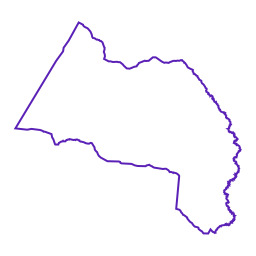 Bia East, Western, Ghana (Mercator projection)
{"feature_id": "2480657B75704309897075", "entity_name": "Bia East", "entity_type": "district", "adm_level": 2, "iso_a3": "GHA", "parent_name": "Ghana", "parent_adm1": "Western", "projection": "mercator", "projection_center": [-2.892, 6.825], "detail": "fine", "context": "isolated", "style": "outline", "palette": "violet", "viewbox_px": 256, "rotation_deg": 0, "n_neighbors": 0, "source": "geoboundaries", "source_scale": "gbopen_adm2", "svg_char_len": 5935}
<svg xmlns="http://www.w3.org/2000/svg" viewBox="0 0 256 256"><path d="M224.8,112.7L223.8,112.2L223.2,112.5L220.8,111.5L220.2,110.6L220.1,109.8L219.6,109.7L219.7,109.3L218.8,108.5L218.8,107.9L218.3,107.1L218.5,105.9L217.4,104.8L217.4,104.2L216.8,104.0L216.6,103.4L216.2,103.2L216.0,102.0L215.4,102.3L214.2,101.5L214.3,101.0L214.0,100.2L213.6,100.0L213.6,99.5L213.2,99.6L212.5,99.1L212.3,98.6L213.3,98.4L212.6,97.4L212.6,96.4L211.9,95.8L211.1,95.9L211.0,95.6L210.4,96.0L210.4,95.8L209.6,95.4L209.3,94.5L208.2,94.1L208.2,93.6L208.6,93.4L208.4,92.9L206.3,91.7L206.1,90.5L206.6,89.8L206.6,88.6L205.6,88.0L205.0,86.6L203.4,84.3L202.1,83.4L201.4,82.0L201.3,80.8L199.2,79.6L198.6,78.3L197.7,77.3L197.5,76.1L196.4,75.7L196.1,75.1L195.2,74.6L194.8,74.0L193.7,73.9L193.5,72.5L192.7,71.6L192.9,69.9L190.2,68.7L187.8,67.4L186.5,65.0L185.0,62.9L184.3,62.9L184.0,62.0L183.1,61.2L182.0,60.6L182.0,60.2L181.0,60.1L179.3,60.8L177.5,60.6L175.9,61.0L175.0,60.8L173.2,60.9L169.7,62.2L168.7,62.9L165.8,62.5L164.3,62.8L162.0,61.7L156.3,57.7L155.5,57.3L152.9,57.3L148.7,60.8L145.7,61.0L144.8,60.7L138.9,63.0L138.1,64.4L137.2,65.2L136.7,66.3L134.2,66.8L129.9,68.6L130.1,68.7L126.7,68.4L123.9,65.8L122.7,64.3L119.9,62.1L118.0,62.1L117.2,61.8L113.0,62.0L110.2,61.3L108.5,61.3L104.1,58.9L105.0,56.2L104.6,53.9L103.8,51.9L104.5,49.6L104.6,47.6L104.1,47.0L102.5,42.4L101.1,41.1L100.1,41.0L99.1,40.0L98.5,40.1L97.5,39.5L96.6,39.6L95.7,39.1L94.8,38.3L92.8,37.9L92.2,36.8L91.7,34.4L90.4,31.5L88.5,29.3L87.6,28.3L84.5,26.8L83.2,25.5L83.0,24.7L78.7,22.5L68.7,40.6L63.6,47.8L63.1,51.3L56.2,60.8L15.4,128.4L27.2,129.7L31.5,128.9L40.2,130.0L42.9,131.0L43.5,131.7L44.9,131.7L51.5,134.1L52.1,137.2L53.4,139.4L54.9,143.9L55.3,144.5L58.3,144.5L58.9,142.9L59.5,142.7L60.7,141.8L61.8,141.6L63.0,140.8L63.3,141.3L65.4,141.3L66.5,140.0L67.1,140.0L67.9,139.5L69.3,139.5L69.5,139.1L73.5,140.0L74.6,139.8L75.6,140.1L76.1,139.5L77.3,139.5L78.4,140.2L79.3,140.3L79.4,140.9L80.5,141.6L81.4,141.6L84.6,142.5L85.2,143.0L85.6,143.0L86.4,143.4L88.9,143.7L90.6,142.9L91.8,143.1L94.5,147.4L94.8,149.6L96.2,151.4L97.1,152.1L98.0,154.5L98.9,155.9L100.8,157.6L107.4,161.2L118.9,161.5L120.1,161.9L120.5,163.0L121.8,163.4L131.5,163.9L134.9,165.4L137.7,166.0L145.7,166.2L146.4,165.5L149.3,164.8L150.5,165.7L152.0,166.3L152.6,166.9L154.1,167.6L163.0,169.0L165.6,168.7L166.3,168.9L168.6,170.4L169.7,172.1L170.9,171.9L172.4,172.4L173.2,172.9L173.5,172.5L176.4,173.3L177.6,174.1L179.0,175.5L179.2,176.0L176.2,208.8L179.5,209.8L180.4,210.7L181.3,212.5L182.2,213.3L183.1,214.9L184.1,215.2L187.2,217.5L187.2,218.4L189.9,221.7L192.0,223.1L193.0,224.7L194.1,226.0L194.8,226.6L197.7,227.3L198.4,227.7L198.7,229.1L200.9,230.8L201.8,231.2L203.5,233.4L208.2,233.5L210.5,229.4L212.7,231.9L213.3,231.9L214.7,232.9L215.1,232.5L215.5,232.6L215.5,231.3L216.2,230.0L216.6,229.5L217.1,229.5L217.5,228.3L218.4,227.5L218.7,227.5L219.8,226.1L220.5,226.1L220.8,226.3L221.0,225.9L221.3,226.0L221.8,225.4L225.1,225.0L225.4,224.3L225.9,224.6L225.9,224.2L226.4,224.4L226.5,224.8L227.1,224.7L227.6,224.9L227.5,224.3L228.6,225.0L229.2,224.8L228.9,224.1L229.2,224.4L229.4,223.6L230.0,223.7L230.9,222.6L232.2,222.7L232.2,221.8L231.7,221.5L232.1,221.4L232.2,221.0L233.2,221.0L233.2,220.7L232.8,220.8L232.9,220.3L233.8,219.8L234.3,219.9L234.5,219.4L233.8,219.0L234.1,218.8L234.6,217.0L233.8,216.5L233.7,215.6L234.0,215.5L233.7,215.4L233.5,214.7L233.9,214.6L233.6,214.2L233.7,213.5L233.1,213.4L232.8,212.7L232.4,213.0L232.5,212.6L231.9,212.4L231.5,212.7L231.3,212.4L230.9,212.4L230.7,212.1L230.8,211.7L230.5,211.8L230.5,211.4L230.1,211.5L229.8,210.9L230.4,210.7L230.1,210.2L229.6,210.5L228.9,209.9L229.1,209.7L228.4,208.9L228.4,208.6L228.7,208.6L228.4,207.7L228.9,208.1L229.1,207.6L228.4,207.0L228.2,206.3L226.9,205.9L226.6,205.2L226.2,203.6L226.3,203.0L227.0,202.6L228.2,202.8L228.7,202.3L227.9,200.5L226.3,198.6L226.6,197.5L226.5,196.7L227.2,196.6L227.0,196.1L227.4,196.1L228.0,194.6L226.9,194.0L225.6,194.1L225.6,193.7L224.9,193.7L225.1,193.2L224.1,192.2L224.4,191.2L224.2,190.4L226.2,189.1L226.4,188.7L226.0,188.1L226.3,187.7L226.9,187.8L227.1,187.3L227.5,187.3L227.3,187.0L227.7,186.0L227.9,186.0L228.0,185.7L228.8,185.6L228.6,185.4L228.9,185.1L228.1,183.5L228.4,183.1L228.3,182.5L228.8,182.8L228.6,182.4L228.9,182.5L229.0,182.2L229.5,182.2L229.2,181.4L229.6,181.1L230.1,181.2L230.5,180.6L230.5,180.1L232.2,180.4L232.0,180.0L232.2,179.4L232.6,179.2L233.0,179.3L233.1,179.0L233.7,179.1L233.6,178.9L233.9,178.6L234.1,178.9L234.3,178.3L234.9,178.2L235.1,177.3L235.9,177.2L236.3,176.5L235.5,175.6L235.9,175.7L235.9,175.3L236.2,175.0L235.6,173.9L236.1,174.0L236.7,173.7L236.6,173.4L237.2,173.1L237.9,171.6L238.5,171.9L238.8,170.6L238.5,169.3L239.1,168.6L238.7,168.1L238.7,167.0L238.1,166.6L238.3,166.1L238.0,166.1L238.0,165.7L236.6,164.3L236.6,163.9L235.9,163.6L236.3,163.3L236.3,162.6L235.8,162.5L235.9,161.8L235.4,161.8L234.7,161.0L233.9,160.8L233.8,160.4L234.2,159.5L233.5,158.8L234.3,157.4L235.3,157.0L235.7,157.4L236.1,157.0L236.5,157.2L237.1,154.9L236.7,154.5L237.1,153.6L237.9,152.9L238.0,152.4L239.2,151.5L239.0,151.0L240.2,150.7L240.6,149.5L239.5,148.5L239.9,147.6L239.3,146.2L238.1,145.2L236.7,145.2L236.6,143.8L235.8,143.6L235.6,143.9L234.1,143.1L234.4,142.8L234.0,142.5L234.1,142.2L234.5,142.4L234.6,142.1L234.2,141.3L234.3,141.1L235.1,140.5L235.7,140.7L236.3,140.0L236.6,140.4L237.6,139.1L235.9,137.2L235.4,137.0L234.8,137.1L234.7,136.7L234.3,136.6L234.0,135.7L234.6,135.3L234.6,134.6L234.4,134.3L234.0,134.2L234.2,133.5L233.4,133.3L233.6,133.1L233.2,132.5L232.8,132.7L232.0,132.3L231.5,132.7L230.5,131.9L229.8,132.1L229.6,131.6L229.0,131.7L228.8,131.4L228.4,129.0L228.0,128.8L229.0,128.5L229.3,127.9L229.0,127.4L229.0,127.0L229.9,126.0L229.6,125.3L230.8,124.7L231.0,124.4L230.3,123.8L230.4,121.9L229.3,120.8L229.5,119.8L228.2,118.7L226.8,118.3L226.9,117.9L226.0,117.3L226.2,115.5L225.3,114.7L225.4,114.1L224.9,113.7L224.5,113.8L224.2,113.4L224.3,113.1L224.8,112.7Z" fill="none" stroke="#5b21b6" stroke-width="2"/></svg>